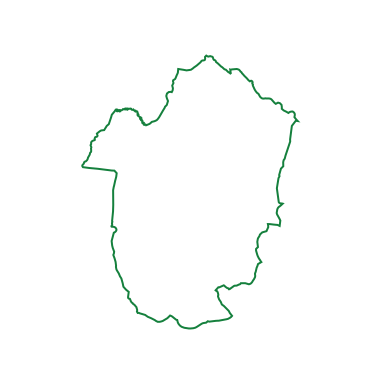 Nsawam Adoagyiri, Eastern, Ghana, rotated 311°
{"feature_id": "2480657B74727980909537", "entity_name": "Nsawam Adoagyiri", "entity_type": "district", "adm_level": 2, "iso_a3": "GHA", "parent_name": "Ghana", "parent_adm1": "Eastern", "projection": "mercator", "projection_center": [-0.35, 5.828], "detail": "fine", "context": "isolated", "style": "outline", "palette": "green", "viewbox_px": 384, "rotation_deg": 311, "n_neighbors": 0, "source": "geoboundaries", "source_scale": "gbopen_adm2", "svg_char_len": 5995}
<svg xmlns="http://www.w3.org/2000/svg" viewBox="0 0 384 384"><g transform="rotate(311 192 192)"><path d="M193.7,277.9L197.2,274.0L199.5,272.6L200.3,272.2L202.9,271.8L203.6,271.6L204.4,271.2L207.6,271.5L211.3,273.9L215.5,272.6L216.8,271.3L217.6,270.3L218.9,271.9L221.2,275.3L223.3,278.2L223.9,280.4L228.4,277.4L229.2,275.6L230.8,271.2L231.1,270.6L231.7,269.7L232.5,269.2L234.8,267.8L235.6,267.5L236.5,267.3L237.6,267.3L238.7,267.6L240.6,267.9L242.7,268.1L242.4,267.5L241.5,266.3L241.2,265.7L241.1,264.8L241.3,264.1L250.5,253.6L259.2,248.2L261.3,247.7L261.6,247.4L261.9,246.7L268.0,243.8L271.3,244.0L274.3,241.3L276.1,240.3L278.0,240.1L280.8,238.7L294.5,233.0L296.1,231.5L307.4,224.0L313.6,223.6L314.2,224.1L314.9,225.2L315.1,223.1L315.7,220.2L317.4,219.2L318.3,218.4L318.9,217.0L318.8,215.2L318.4,214.7L317.5,213.9L316.7,213.4L315.9,213.1L314.9,212.9L314.4,210.3L313.7,207.7L313.7,205.2L315.1,204.0L316.5,202.4L316.7,200.1L315.9,198.3L313.5,197.4L313.4,195.8L314.0,191.4L313.9,190.2L313.2,188.9L311.2,186.6L311.0,186.1L310.3,185.5L309.5,184.8L308.9,184.0L308.5,183.0L308.5,182.1L308.5,181.2L308.7,180.5L309.7,177.7L309.5,176.1L309.8,174.2L310.4,172.2L312.3,168.0L313.2,167.4L313.3,166.5L313.8,165.9L314.4,165.9L315.0,165.1L315.0,164.3L314.9,163.8L314.3,163.3L313.5,163.1L313.4,161.4L313.8,158.7L314.0,155.3L314.3,153.3L314.4,151.9L314.8,150.8L314.8,150.3L314.7,149.6L315.0,148.7L315.1,147.2L314.7,146.1L314.2,145.1L310.6,141.6L309.8,141.2L309.5,140.5L307.1,143.3L306.6,143.2L306.6,141.3L306.3,141.0L306.5,137.3L305.9,136.0L306.0,133.0L305.8,131.8L306.0,127.2L305.9,124.8L306.5,123.8L306.5,122.7L306.1,121.9L306.2,121.2L307.4,119.2L307.3,118.3L306.8,117.4L306.5,116.6L304.9,115.5L304.5,114.6L304.3,113.3L302.5,113.2L301.2,114.5L300.1,115.0L299.1,114.6L298.1,113.6L297.3,113.2L295.4,113.3L290.5,112.6L286.9,111.7L285.9,111.6L283.6,111.0L282.6,110.2L280.2,108.1L278.5,105.2L275.8,100.9L272.7,103.1L270.8,103.7L269.9,103.9L269.2,104.2L266.8,105.0L266.2,105.1L263.9,104.5L263.1,105.0L262.4,106.1L261.9,106.6L260.6,106.9L259.3,107.3L257.8,109.5L256.4,110.5L255.0,111.0L254.1,111.2L253.6,110.2L252.2,108.9L249.9,108.5L247.6,109.6L246.3,111.5L244.9,114.2L241.3,115.8L240.8,115.9L238.8,115.7L237.3,116.2L234.8,116.6L227.1,118.1L225.0,118.3L223.6,118.3L222.7,118.1L220.9,117.3L218.6,115.7L216.1,115.4L215.2,115.1L212.3,113.6L212.5,113.1L212.4,112.5L211.7,112.3L211.3,111.9L211.2,111.4L211.3,111.2L211.5,111.2L211.9,110.9L212.0,110.4L212.6,110.3L212.6,109.9L212.2,109.6L211.6,109.7L211.5,109.4L211.6,109.0L213.0,108.0L212.8,107.6L212.8,107.2L213.4,107.1L213.5,106.7L213.3,106.5L213.1,106.5L212.9,106.2L213.1,105.9L213.1,105.0L213.4,104.6L213.9,104.7L214.3,105.0L214.6,105.1L214.7,104.1L214.1,103.7L214.4,101.9L214.1,101.3L214.2,100.7L214.4,100.6L215.3,100.7L215.5,100.3L215.2,99.6L215.5,99.4L216.1,99.1L216.8,97.9L215.9,97.0L215.6,96.5L215.6,96.1L215.9,96.3L216.4,96.3L216.4,96.0L215.9,95.3L215.7,94.6L215.8,93.6L215.2,93.5L214.6,92.6L214.6,91.9L214.9,91.5L214.5,90.7L213.0,89.6L213.0,89.1L212.7,88.9L212.1,89.3L211.8,89.3L211.7,89.0L212.1,88.1L211.5,88.0L211.2,88.1L210.9,88.0L210.9,87.7L211.4,87.3L211.3,86.9L210.9,86.7L209.8,86.6L209.4,85.6L209.1,85.5L208.5,85.6L207.3,85.2L207.0,84.8L206.8,84.2L206.4,83.7L206.2,83.8L205.6,84.7L205.2,84.4L205.1,82.9L204.3,82.9L203.8,82.6L203.7,82.2L203.8,81.9L205.2,81.7L205.0,81.1L204.4,80.6L203.8,81.0L203.5,80.5L202.1,80.7L197.7,80.8L195.4,81.9L188.6,84.7L186.0,84.3L181.1,85.1L178.9,83.1L177.2,82.5L173.7,81.9L172.5,83.8L171.8,84.0L171.1,83.8L170.5,83.3L169.7,83.0L168.4,83.5L167.7,84.4L167.3,84.5L166.0,83.7L165.0,83.3L163.9,83.2L163.2,83.4L161.9,84.5L160.8,84.7L160.6,85.0L159.8,86.6L159.4,86.9L158.8,87.1L158.3,87.5L157.6,88.3L156.4,89.3L155.8,89.5L155.1,89.4L154.5,89.5L153.1,90.3L149.6,91.0L149.1,91.3L148.2,91.7L147.3,91.9L145.7,91.8L145.2,91.6L144.6,91.2L143.7,91.1L142.4,91.7L140.3,91.7L139.8,92.0L139.6,92.2L139.2,93.4L142.7,98.7L147.6,105.5L155.6,117.4L157.2,119.4L156.8,122.8L153.8,124.8L150.8,126.3L150.5,126.4L145.6,129.1L144.5,129.6L141.6,131.3L130.5,141.1L125.6,145.1L117.6,150.8L117.5,151.2L117.0,151.6L116.4,151.8L115.7,152.3L115.3,152.9L114.8,153.3L113.4,153.6L113.1,153.9L113.1,154.1L113.3,154.5L114.0,155.1L114.3,155.7L114.6,156.4L114.9,157.6L114.7,158.3L114.3,159.4L113.6,160.0L112.9,160.2L112.3,160.3L111.3,160.2L110.3,159.9L110.0,159.7L102.3,163.5L99.2,166.9L97.8,168.9L95.9,172.4L94.3,173.4L92.9,173.9L92.8,174.0L91.3,176.8L89.1,180.2L86.4,183.2L85.6,183.7L84.1,185.6L83.7,186.4L82.5,190.2L81.1,193.0L80.4,195.4L77.7,199.5L75.5,202.4L75.0,206.3L75.1,209.8L71.0,212.5L70.4,213.0L70.1,213.5L70.1,214.3L70.4,214.8L70.6,215.2L69.9,216.7L69.6,217.1L69.0,219.0L69.2,220.0L68.9,221.0L69.1,222.5L68.6,225.7L67.9,226.6L67.4,227.5L66.8,228.2L65.6,228.9L65.1,230.4L65.9,231.1L66.1,232.0L68.5,237.3L68.8,240.5L69.9,243.8L70.9,247.8L71.1,249.7L71.6,251.4L73.0,252.9L73.8,253.5L75.4,254.5L80.6,256.2L84.4,256.5L84.8,257.7L85.0,258.6L85.2,263.6L85.3,264.2L85.7,264.8L85.1,265.7L84.6,266.3L84.1,267.2L83.7,268.2L83.3,270.4L83.4,272.1L83.5,272.7L84.5,275.3L86.9,279.1L88.0,280.4L90.1,282.4L91.9,283.6L93.9,284.3L98.8,285.7L99.8,286.1L100.7,286.7L102.7,288.4L104.8,288.7L105.1,289.3L105.5,290.1L110.5,294.6L112.5,296.7L118.7,301.6L119.9,302.4L121.7,303.1L123.4,303.5L124.8,303.5L125.5,299.9L126.3,298.0L126.4,297.4L126.9,290.9L126.7,288.3L128.0,285.7L128.7,283.0L130.2,280.2L130.7,279.8L131.6,279.4L132.7,278.0L133.5,276.5L133.6,276.0L133.3,275.1L133.3,274.3L137.4,274.4L137.9,275.1L142.4,277.2L142.5,277.7L142.4,279.6L142.5,280.6L142.6,281.5L143.2,282.9L142.8,283.6L143.3,284.1L148.5,285.3L149.2,285.6L150.3,286.8L151.2,287.4L152.9,288.1L153.6,288.6L154.2,288.8L155.2,288.7L158.1,292.0L159.7,295.5L160.7,296.1L161.5,296.4L162.3,296.5L163.3,296.5L165.5,296.1L166.8,296.0L168.8,295.5L169.5,295.2L170.2,294.7L171.4,293.4L171.9,293.0L173.6,292.4L177.2,290.5L179.1,289.9L180.9,289.1L184.6,290.3L184.8,289.3L185.2,288.3L185.8,286.0L186.7,283.8L187.4,282.5L189.6,279.1L190.1,278.5L191.1,277.7L193.7,277.9Z" fill="none" stroke="#15803d" stroke-width="2"/></g></svg>